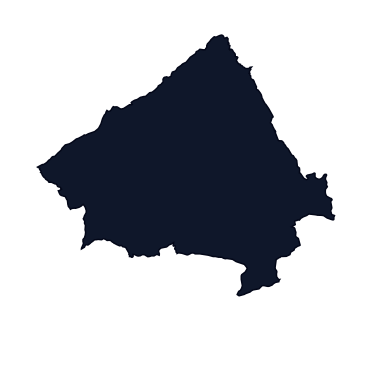 the district of Villeta, Cundinamarca, Colombia, rotated 59°
{"feature_id": "7082276B61730001772347", "entity_name": "Villeta", "entity_type": "district", "adm_level": 2, "iso_a3": "COL", "parent_name": "Colombia", "parent_adm1": "Cundinamarca", "projection": "mercator", "projection_center": [-74.484, 5.006], "detail": "fine", "context": "isolated", "style": "filled", "palette": "ink", "viewbox_px": 384, "rotation_deg": 59, "n_neighbors": 0, "source": "geoboundaries", "source_scale": "gbopen_adm2", "svg_char_len": 5868}
<svg xmlns="http://www.w3.org/2000/svg" viewBox="0 0 384 384"><g transform="rotate(59 192 192)"><path d="M246.8,67.9L246.0,67.9L245.3,68.9L245.5,70.5L246.5,72.0L247.0,73.8L247.0,75.6L246.0,77.2L244.6,78.2L243.3,78.7L242.2,78.7L239.5,77.0L239.1,77.1L238.7,77.5L238.6,79.7L237.0,84.4L237.1,85.5L237.6,85.9L238.4,85.8L239.6,85.2L240.0,85.3L240.4,86.0L240.4,87.5L239.7,88.1L237.7,89.1L231.7,89.5L231.0,90.1L228.6,88.4L226.8,87.6L224.3,88.5L218.9,86.0L217.3,86.0L215.9,86.5L213.1,86.5L211.7,87.5L204.5,87.4L202.2,88.1L200.0,88.0L197.9,88.4L197.1,88.1L195.3,88.4L194.4,88.8L192.7,91.2L191.7,91.4L183.3,89.9L183.4,89.3L181.9,89.1L181.7,89.6L181.4,89.6L180.3,89.2L177.8,89.1L175.5,88.7L173.1,89.2L169.8,85.4L169.5,84.8L169.4,83.8L168.2,83.6L160.0,83.3L154.9,83.6L154.4,83.9L150.9,83.8L150.9,84.0L149.2,83.6L147.2,83.6L146.8,83.3L144.5,82.6L142.5,82.5L138.6,82.9L137.6,83.7L137.2,83.7L136.0,83.5L135.2,82.6L130.5,82.1L129.3,81.8L127.6,81.7L126.7,82.3L126.9,82.4L125.5,83.0L124.0,82.7L122.7,81.9L121.3,82.2L120.3,81.4L119.7,81.9L118.9,80.8L118.3,80.7L117.8,80.1L117.2,78.5L116.7,78.6L116.1,78.1L115.6,76.7L115.0,78.1L115.4,78.7L115.2,80.1L113.9,82.3L113.3,82.8L112.4,82.9L111.0,83.9L110.1,83.9L109.4,84.2L108.6,85.1L108.3,85.2L107.6,84.7L105.9,86.1L103.6,86.2L103.2,86.6L102.7,86.4L101.6,85.6L100.3,83.5L100.0,83.5L99.2,83.8L98.6,84.8L98.1,85.1L96.5,84.2L95.5,83.9L92.9,84.4L91.5,84.2L90.5,84.4L89.5,85.2L89.6,86.4L88.9,86.6L86.0,84.1L83.8,84.9L83.5,83.7L82.0,83.9L80.1,82.9L79.4,82.2L77.5,82.4L77.0,85.0L76.3,85.1L74.7,84.8L73.5,85.1L72.6,86.0L72.1,87.9L71.7,91.6L71.2,92.3L70.7,92.5L70.4,93.4L71.2,97.2L72.1,99.2L73.0,102.5L74.2,104.0L75.6,104.8L76.1,106.3L76.8,107.4L76.2,108.7L73.7,111.8L74.2,114.0L73.9,116.0L75.1,117.5L75.3,118.2L75.6,124.1L77.8,130.2L77.4,133.9L77.8,134.3L77.5,135.0L77.9,136.0L78.1,140.3L79.8,143.7L79.1,147.1L80.4,148.9L82.1,150.5L81.6,153.5L80.3,154.3L79.5,156.6L79.6,157.4L80.4,158.8L82.4,159.8L83.2,160.8L83.2,161.7L83.9,163.2L83.7,163.8L83.7,166.2L84.5,167.2L85.0,168.7L85.6,171.6L86.0,174.8L85.1,177.2L86.2,182.6L85.4,184.0L84.3,187.5L84.5,191.2L83.8,194.0L83.8,197.1L84.2,198.2L86.2,198.1L86.1,198.9L85.0,200.6L85.2,207.5L84.6,209.6L83.9,210.6L80.9,212.1L80.3,212.6L79.0,215.0L78.3,215.5L78.7,216.7L80.1,219.2L80.4,220.8L79.7,222.4L78.3,222.9L78.9,224.1L80.5,225.9L80.9,227.5L83.0,230.8L86.7,234.9L89.1,238.9L89.5,240.2L90.1,244.3L88.7,250.9L88.6,253.1L88.7,253.6L87.6,255.0L87.8,256.6L87.5,261.7L87.0,263.9L87.6,268.6L87.6,272.1L86.4,276.4L87.6,280.8L88.8,282.7L89.5,286.6L90.8,291.2L90.0,293.1L90.0,294.1L91.0,296.6L91.0,298.6L91.7,300.5L92.0,302.7L92.0,304.9L91.4,306.2L91.1,311.6L92.0,311.2L92.9,310.3L93.4,310.2L94.2,311.0L96.6,310.6L97.0,310.9L97.1,311.6L98.3,311.3L100.9,311.6L102.8,311.4L104.2,310.8L105.7,310.8L108.5,309.5L109.5,309.7L110.0,309.5L111.3,307.4L114.4,305.3L115.3,304.3L115.9,304.1L117.9,304.3L118.7,303.9L119.8,302.7L120.5,302.4L121.7,302.7L122.0,302.3L122.4,302.3L122.5,304.9L122.1,305.9L124.4,306.3L126.3,306.4L127.6,305.8L130.8,302.9L133.1,303.2L134.2,303.2L134.8,303.0L138.5,304.7L140.7,305.4L143.2,305.0L144.2,305.1L144.2,303.6L145.1,301.4L146.0,300.1L146.9,296.7L147.0,294.2L146.5,291.7L148.2,291.4L150.2,291.4L153.5,292.2L155.2,293.3L157.2,296.7L158.2,297.7L159.0,299.0L161.8,299.0L163.4,300.2L165.7,300.5L169.3,303.1L171.5,303.8L172.2,304.3L173.9,305.6L175.9,307.8L176.5,309.8L178.2,310.9L179.6,311.3L180.5,311.8L183.3,315.7L183.9,316.1L183.9,312.6L182.6,310.8L182.7,309.9L183.8,308.5L183.8,307.5L183.5,305.4L183.2,304.6L183.3,303.6L182.9,302.9L183.1,301.9L182.7,300.2L183.5,298.8L184.3,296.8L186.2,294.3L186.4,293.7L186.3,292.4L186.5,291.7L188.0,290.6L189.8,289.7L190.8,287.7L191.9,286.6L194.0,286.0L194.9,285.3L195.9,285.2L196.8,284.3L197.7,284.0L200.7,281.9L201.0,281.4L201.3,280.1L203.5,279.4L203.8,278.8L205.3,277.4L211.6,277.5L212.4,277.7L212.9,278.2L214.2,278.2L215.1,278.8L215.7,277.9L216.7,277.5L217.2,276.5L216.8,275.6L215.1,274.7L216.1,273.4L218.5,271.8L219.2,271.0L220.0,269.1L220.0,267.6L220.2,266.6L221.2,265.1L224.7,263.2L225.4,261.6L225.9,259.4L227.2,257.5L227.2,255.1L227.5,254.1L229.3,252.7L228.3,251.9L225.5,251.2L224.6,250.2L224.2,248.6L224.1,247.3L226.0,242.0L225.5,238.5L225.9,237.0L225.9,233.8L228.3,235.8L228.8,235.7L229.0,234.7L229.5,234.3L230.4,234.6L231.7,236.0L232.3,236.1L233.9,235.7L235.2,236.6L236.3,236.2L237.0,236.5L237.2,234.9L239.3,232.2L243.4,228.6L243.8,227.4L244.1,223.6L245.3,221.9L246.6,221.2L249.0,217.2L254.6,210.5L258.2,207.1L259.3,205.2L261.4,203.0L263.3,200.1L265.1,199.0L266.3,197.9L267.0,196.3L270.6,191.9L274.4,190.0L281.0,184.4L284.8,183.9L286.2,184.2L288.0,187.6L288.5,192.0L289.3,193.0L292.3,194.8L298.3,197.1L300.1,199.1L300.9,200.5L301.2,201.1L301.3,202.7L301.2,203.1L302.8,205.6L303.2,206.1L305.2,205.1L306.7,199.8L306.7,198.4L307.6,193.7L307.3,191.8L307.4,190.0L309.5,184.5L308.4,180.3L309.2,178.6L311.8,175.8L312.5,174.5L313.0,171.3L312.5,169.2L312.5,166.9L313.6,163.8L312.6,162.9L312.2,162.0L312.0,162.5L310.6,163.0L308.2,163.1L305.7,161.8L304.1,160.4L303.0,160.1L301.2,160.3L299.7,159.8L293.2,154.6L293.3,152.7L293.0,151.8L293.4,150.3L293.1,149.0L295.7,144.3L296.1,140.3L294.4,138.4L294.3,134.4L293.1,133.2L292.9,129.5L293.3,127.2L293.2,126.7L286.6,124.8L284.1,125.9L282.9,125.8L280.0,123.7L278.3,123.4L276.2,122.7L275.0,122.9L273.7,124.0L273.8,123.7L273.4,123.8L273.1,123.6L272.9,122.5L273.2,120.7L273.1,120.3L270.0,119.2L270.0,117.9L270.5,116.6L270.4,115.8L271.4,114.4L270.6,112.3L270.6,109.3L271.2,105.7L271.0,103.2L275.0,98.0L276.6,96.2L278.8,92.8L280.1,91.3L283.8,89.6L286.9,87.1L288.3,85.8L288.7,85.0L288.5,84.5L286.5,83.3L285.7,82.0L285.1,82.3L283.4,83.9L280.1,83.0L279.1,82.4L278.2,80.9L277.4,80.2L272.0,78.2L271.5,77.8L270.9,76.1L270.4,75.8L269.3,76.0L268.1,77.0L264.9,78.8L262.7,78.6L260.9,77.9L258.9,76.6L258.3,76.0L257.2,73.3L255.1,73.1L253.2,71.5L250.1,71.2L248.6,70.3L246.8,67.9Z" fill="#0f172a" stroke="#020617" stroke-width="1.5"/></g></svg>